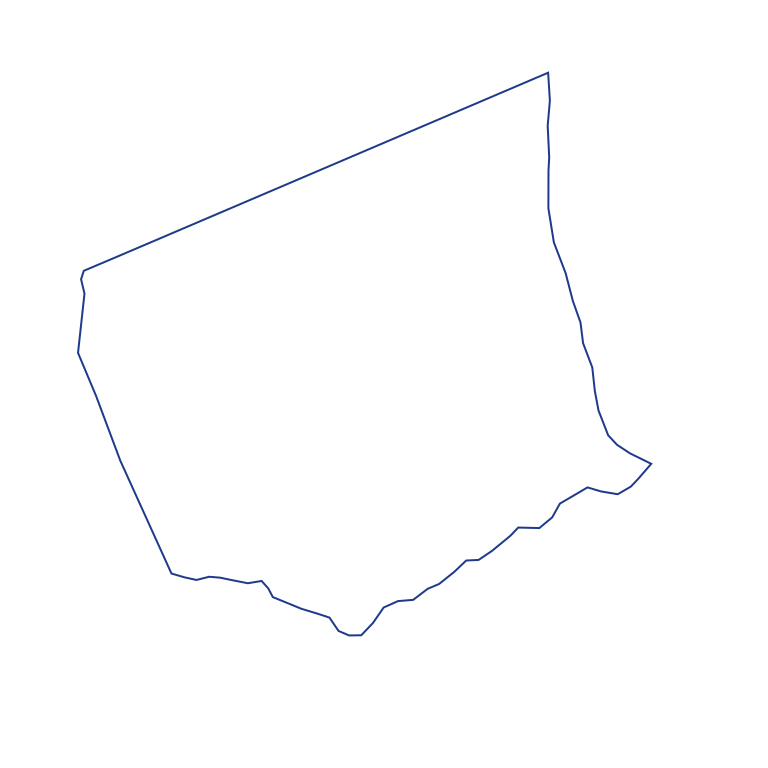 outline of Santo Antônio do Caiuá, Paraná, Brazil, rotated 67°
{"feature_id": "56859067B63646792478521", "entity_name": "Santo Antônio do Caiuá", "entity_type": "district", "adm_level": 2, "iso_a3": "BRA", "parent_name": "Brazil", "parent_adm1": "Paraná", "projection": "mercator", "projection_center": [-52.325, -22.693], "detail": "fine", "context": "isolated", "style": "outline", "palette": "blue", "viewbox_px": 768, "rotation_deg": 67, "n_neighbors": 0, "source": "geoboundaries", "source_scale": "gbopen_adm2", "svg_char_len": 945}
<svg xmlns="http://www.w3.org/2000/svg" viewBox="0 0 768 768"><g transform="rotate(67 384 384)"><path d="M161.6,111.3L161.6,125.2L162.5,572.2L162.5,616.1L169.2,621.9L183.8,624.4L235.8,653.5L282.5,653.7L351.5,656.7L475.4,653.7L484.0,643.2L491.1,633.2L493.1,620.3L498.3,610.4L504.1,602.1L514.2,587.2L517.5,573.6L527.0,570.4L536.7,569.6L558.7,547.8L570.1,534.2L577.7,525.5L593.6,522.3L601.8,514.4L606.4,503.1L599.7,487.6L589.6,471.6L589.3,456.0L594.1,441.5L589.6,423.9L589.6,411.4L584.4,392.8L578.6,377.3L582.9,365.7L579.8,349.8L573.1,327.0L568.6,316.5L577.3,297.3L572.5,281.3L562.8,268.8L560.6,251.6L558.7,237.1L567.7,226.2L576.8,211.9L574.9,196.9L570.6,187.0L561.9,169.2L543.8,184.8L530.9,193.3L518.8,197.7L492.2,196.9L473.0,192.7L450.1,185.8L424.2,184.8L404.2,179.1L381.3,177.7L353.0,173.5L320.0,172.3L286.4,164.0L251.6,149.1L240.0,143.4L218.6,135.5L210.4,132.5L188.0,120.6L161.6,111.3Z" fill="none" stroke="#1e3a8a" stroke-width="2"/></g></svg>